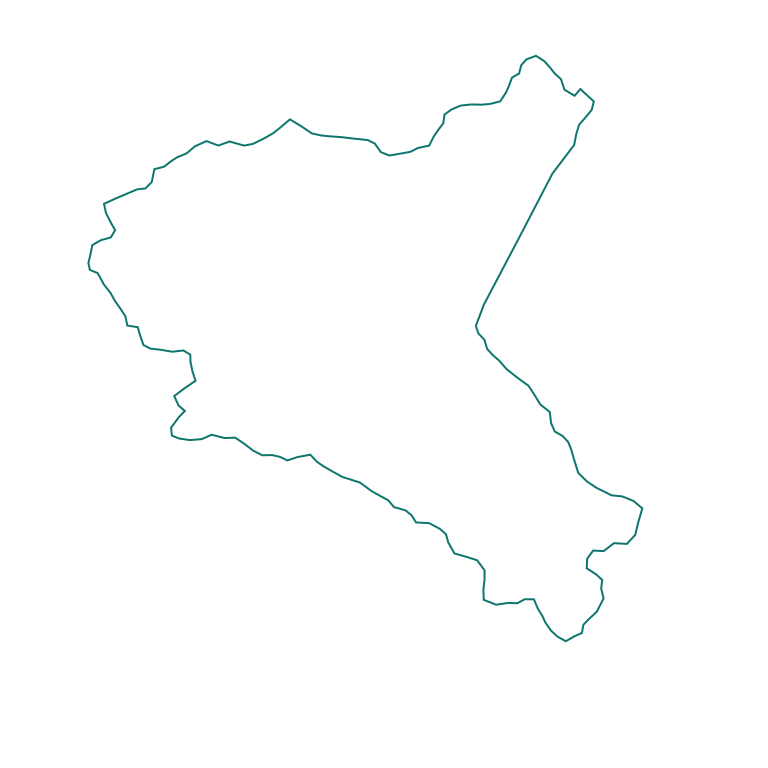 Luiz Alves, Santa Catarina, Brazil, rotated 258°
{"feature_id": "56859067B92746316194010", "entity_name": "Luiz Alves", "entity_type": "district", "adm_level": 2, "iso_a3": "BRA", "parent_name": "Brazil", "parent_adm1": "Santa Catarina", "projection": "mercator", "projection_center": [-48.897, -26.726], "detail": "fine", "context": "isolated", "style": "outline", "palette": "teal", "viewbox_px": 768, "rotation_deg": 258, "n_neighbors": 0, "source": "geoboundaries", "source_scale": "gbopen_adm2", "svg_char_len": 2515}
<svg xmlns="http://www.w3.org/2000/svg" viewBox="0 0 768 768"><g transform="rotate(258 384 384)"><path d="M658.5,260.9L655.9,248.8L650.6,238.8L648.7,228.5L645.8,221.2L642.2,213.8L641.9,204.1L629.8,198.8L624.9,191.2L625.7,183.1L623.8,173.0L621.1,159.5L618.5,147.6L609.0,147.6L597.9,150.6L590.4,153.0L584.2,147.3L583.5,136.7L580.5,127.6L571.8,123.8L563.8,120.0L556.8,120.0L552.0,127.0L539.6,130.7L530.0,135.4L520.6,138.3L513.8,141.3L504.1,145.1L494.5,145.1L490.8,154.9L480.9,155.7L472.2,156.8L467.2,162.8L463.9,172.7L459.6,183.6L458.5,194.7L453.1,200.6L445.6,199.3L435.9,199.3L426.3,200.3L421.4,188.2L415.8,176.3L405.6,178.6L399.0,183.6L394.3,176.5L385.5,166.6L377.6,165.8L373.3,172.2L369.5,182.4L368.0,194.2L370.2,204.9L364.3,216.8L362.4,227.4L354.1,235.3L346.1,242.1L339.6,250.1L337.7,259.9L334.3,267.2L329.3,273.6L330.5,283.7L330.2,297.2L321.8,302.3L316.0,307.8L309.2,315.4L301.7,324.0L292.6,340.0L281.6,349.8L274.1,358.4L269.2,364.1L261.6,368.1L256.0,378.7L249.9,383.6L241.9,386.6L238.5,399.3L230.4,408.8L224.1,413.4L215.7,413.9L203.6,417.7L198.0,428.3L192.2,438.5L180.8,443.6L171.1,441.5L162.4,438.5L152.1,436.7L144.8,447.8L144.1,459.3L141.9,468.9L144.2,477.0L142.2,485.9L132.1,487.8L124.2,490.7L117.2,492.2L108.2,496.0L100.7,501.3L94.6,508.4L97.6,517.7L99.4,525.9L107.0,528.9L111.2,535.2L117.2,545.0L128.6,554.2L138.8,553.9L146.9,556.7L153.5,552.1L161.5,544.0L170.7,546.3L177.6,553.9L174.9,564.1L180.5,575.9L177.1,588.3L184.2,598.4L196.0,604.0L208.6,610.8L217.7,603.8L224.5,593.7L227.9,583.2L232.8,577.2L238.1,570.4L246.4,562.3L256.7,555.5L271.0,554.2L281.9,553.4L288.9,552.1L296.0,547.9L302.0,541.2L310.9,539.3L322.2,540.3L331.4,532.7L342.3,528.8L352.2,525.0L361.6,516.5L372.9,507.1L383.2,501.3L389.5,496.5L396.9,492.2L406.4,491.4L413.9,486.8L421.7,485.9L441.0,498.3L497.1,545.0L505.2,551.7L554.7,592.4L578.3,619.7L588.0,623.8L596.9,628.6L603.3,637.1L609.0,644.2L616.8,648.0L626.0,641.4L631.7,637.4L626.3,630.3L634.4,621.7L645.3,620.5L652.5,615.4L659.6,611.9L666.6,607.8L673.4,600.9L671.9,590.8L667.3,584.5L659.6,580.7L657.1,572.9L649.7,568.3L643.8,564.0L636.3,556.4L635.9,545.8L636.9,537.7L639.3,527.4L640.4,516.9L638.5,507.1L635.0,499.2L626.7,496.2L621.1,489.7L615.4,483.8L607.8,477.8L607.8,466.1L605.6,458.0L605.9,448.6L606.4,436.7L611.5,429.1L621.1,425.0L626.0,418.8L630.1,406.1L634.4,393.4L637.6,382.2L640.0,374.7L644.1,365.5L653.3,356.7L662.4,347.0L657.0,337.0L652.5,328.1L649.2,318.0L646.1,305.7L646.3,296.7L653.3,283.4L651.7,271.5L658.5,260.9Z" fill="none" stroke="#0f766e" stroke-width="2"/></g></svg>